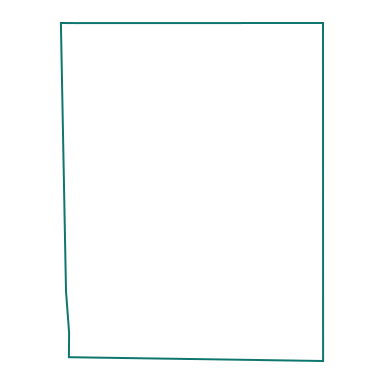 Upton, Texas, United States of America (Natural Earth projection)
{"feature_id": "52423323B39686210449423", "entity_name": "Upton", "entity_type": "district", "adm_level": 2, "iso_a3": "USA", "parent_name": "United States of America", "parent_adm1": "Texas", "projection": "natural_earth1", "projection_center": [-102.169, 31.366], "detail": "fine", "context": "isolated", "style": "outline", "palette": "teal", "viewbox_px": 384, "rotation_deg": 0, "n_neighbors": 0, "source": "geoboundaries", "source_scale": "gbopen_adm2", "svg_char_len": 213}
<svg xmlns="http://www.w3.org/2000/svg" viewBox="0 0 384 384"><path d="M75.7,23.1L60.9,23.0L66.0,291.0L69.1,332.9L68.9,357.2L323.1,361.0L323.0,23.0L75.7,23.1Z" fill="none" stroke="#0f766e" stroke-width="2"/></svg>